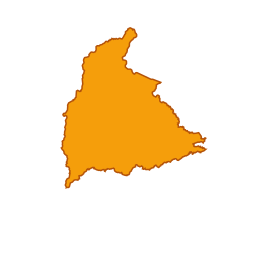 Lilongwe, Lilongwe, Malawi, rotated 35°
{"feature_id": "42251766B26147222520266", "entity_name": "Lilongwe", "entity_type": "district", "adm_level": 2, "iso_a3": "MWI", "parent_name": "Malawi", "parent_adm1": "Lilongwe", "projection": "orthographic", "projection_center": [33.601, -14.039], "detail": "fine", "context": "isolated", "style": "filled", "palette": "amber", "viewbox_px": 256, "rotation_deg": 35, "n_neighbors": 0, "source": "geoboundaries", "source_scale": "gbopen_adm2", "svg_char_len": 5786}
<svg xmlns="http://www.w3.org/2000/svg" viewBox="0 0 256 256"><g transform="rotate(35 128 128)"><path d="M203.9,100.9L203.4,101.2L202.2,100.8L201.8,101.0L201.4,100.8L201.1,101.0L201.3,101.5L201.0,101.9L200.7,101.9L200.1,101.3L200.0,101.8L199.3,101.6L198.4,102.4L197.8,101.6L196.7,102.6L195.9,102.4L195.0,103.8L192.9,105.2L192.4,105.1L191.7,103.9L191.0,104.1L190.4,103.7L193.4,99.4L194.4,98.9L195.9,97.1L196.7,96.9L198.1,97.1L197.9,96.1L198.3,94.6L197.2,93.7L197.7,92.0L197.3,91.7L196.5,92.3L196.6,93.2L194.6,94.6L194.0,94.7L193.6,94.5L193.6,93.7L192.5,92.7L188.6,91.3L186.4,93.6L184.6,95.0L182.9,94.7L182.9,95.4L182.0,95.7L181.6,96.9L181.2,96.9L181.0,96.1L180.8,96.0L180.3,96.5L178.9,96.6L178.2,96.2L177.6,96.9L177.1,96.8L176.8,97.0L176.0,96.6L174.6,97.3L174.4,96.6L173.9,96.1L172.9,96.1L173.0,95.4L171.9,95.4L171.6,96.4L170.9,96.4L170.1,96.9L169.9,97.5L168.7,98.4L168.1,97.4L167.2,96.7L166.8,96.7L166.9,95.2L166.2,95.2L166.6,94.7L166.5,93.7L166.0,93.1L165.1,92.6L164.5,91.6L163.9,92.0L163.7,91.4L162.7,90.8L162.4,91.1L161.3,91.2L160.7,90.4L160.0,90.5L159.0,89.3L158.4,89.9L157.3,89.5L156.8,89.7L156.8,90.0L156.0,89.7L155.5,88.9L155.7,88.5L154.8,87.3L153.9,87.5L153.3,87.1L152.7,87.9L152.1,87.6L151.7,87.0L150.2,86.2L149.7,86.4L149.6,87.0L149.1,86.6L148.7,86.7L148.1,86.4L147.3,87.1L146.3,86.2L144.5,85.9L144.0,86.4L143.3,86.3L143.0,86.5L142.4,86.3L141.8,86.5L141.3,87.1L141.4,87.6L140.8,88.0L139.1,87.9L138.3,87.3L137.3,85.7L136.6,85.3L136.0,85.4L135.4,83.9L133.6,83.9L133.0,84.8L133.2,86.1L132.7,86.8L132.1,86.7L130.8,87.0L129.5,86.7L127.8,85.5L127.4,84.6L128.5,82.2L128.2,80.8L128.3,79.6L127.5,78.2L127.3,77.5L126.5,76.5L127.2,74.5L128.6,72.8L128.7,71.8L120.3,73.9L119.1,74.8L118.3,75.0L103.8,77.5L102.9,78.0L102.5,78.9L102.5,80.0L101.8,80.3L100.6,80.2L98.7,79.3L98.1,78.5L96.9,78.3L96.2,78.4L94.1,79.9L90.9,79.6L89.8,78.1L89.9,76.5L89.7,75.9L88.5,74.3L87.7,74.0L86.8,74.2L84.7,75.1L83.0,73.6L83.0,72.7L84.1,70.4L83.5,68.3L83.7,66.9L83.0,65.1L82.2,63.9L82.1,60.1L80.8,58.1L80.4,57.1L80.6,54.2L81.2,52.8L81.1,50.9L82.2,49.4L82.5,48.1L81.7,46.7L80.4,45.9L79.6,46.0L77.3,44.1L76.4,43.7L76.0,43.8L76.1,44.4L75.6,45.0L74.4,44.3L72.4,44.7L71.7,45.6L71.6,46.6L71.1,47.0L71.6,48.3L71.0,49.7L70.8,50.8L71.8,52.0L71.7,53.1L72.1,56.7L72.0,58.5L71.1,58.9L69.9,59.1L69.3,59.6L68.7,61.1L66.9,61.5L66.6,62.6L65.3,62.8L65.3,63.6L64.5,63.6L63.5,63.9L63.8,64.4L63.5,65.2L62.6,65.8L63.0,66.6L62.0,67.4L62.3,68.1L62.1,69.0L61.1,69.1L60.1,69.9L60.0,72.0L59.2,73.1L58.9,74.4L57.5,76.0L57.4,77.1L55.7,78.2L55.4,78.8L55.2,79.7L57.1,82.3L57.5,84.2L56.7,85.5L56.0,86.1L54.8,86.5L54.1,87.4L53.9,90.2L54.6,90.8L54.7,92.2L53.7,93.6L52.3,94.9L52.1,95.5L52.3,97.0L52.7,98.0L54.5,99.7L54.6,102.3L54.9,103.3L55.7,103.8L57.6,105.7L59.4,105.9L60.0,107.8L60.4,108.3L60.6,111.0L62.3,112.9L62.2,113.8L65.7,117.9L66.5,120.3L67.9,122.4L67.7,124.5L68.2,124.6L68.0,125.3L67.4,125.8L65.2,126.0L64.6,127.3L67.8,132.7L67.5,133.3L67.8,134.9L67.0,136.2L67.5,136.3L67.4,137.1L66.7,137.9L65.0,141.5L65.4,143.9L66.1,144.7L68.1,148.0L68.3,151.6L66.9,153.1L67.1,154.4L67.9,154.9L68.9,155.0L69.5,154.2L69.4,153.6L70.9,153.4L72.1,154.5L72.5,157.7L74.6,159.7L75.1,160.7L75.9,163.8L77.3,164.6L78.3,167.5L79.6,169.4L79.6,170.1L81.0,170.5L81.5,171.6L81.5,173.1L82.1,174.1L82.3,175.2L81.8,176.1L81.8,176.7L83.0,177.8L83.7,179.2L84.5,179.9L85.1,181.0L85.2,182.2L84.9,182.6L86.7,183.4L88.0,183.5L89.6,184.5L89.9,185.2L91.4,185.7L92.7,185.7L93.1,185.9L93.9,185.7L94.6,186.7L96.2,187.8L96.5,189.1L97.1,190.1L97.1,191.3L98.3,191.7L98.1,193.3L99.1,194.1L99.2,194.7L99.7,194.8L101.2,194.1L102.0,194.1L103.2,194.7L103.6,195.7L104.9,196.3L105.6,197.4L106.0,198.8L106.5,198.5L108.2,202.2L108.2,203.1L107.5,204.1L107.3,204.8L107.6,207.2L108.9,208.7L109.1,210.0L109.5,210.8L111.5,211.8L111.7,212.3L112.2,211.6L113.2,211.0L113.6,210.2L113.6,209.6L112.3,206.1L113.5,204.1L113.8,201.6L114.9,200.4L116.9,199.4L116.7,198.4L117.4,197.4L115.3,195.3L115.9,194.6L116.4,194.5L117.0,193.9L116.9,193.6L117.6,192.5L117.7,191.3L117.9,190.9L117.5,189.5L118.5,187.5L118.5,186.4L118.1,185.9L118.2,185.4L118.6,184.4L119.2,184.9L120.0,184.6L120.0,183.4L120.4,182.9L121.5,180.7L122.1,180.6L122.5,180.0L122.9,179.8L123.4,180.1L123.5,180.8L124.9,180.3L126.0,180.3L128.3,179.5L129.3,178.7L130.2,178.5L131.3,176.5L132.2,175.8L133.5,176.8L134.1,176.7L133.8,176.2L134.1,175.6L133.8,175.4L133.7,174.7L134.1,174.4L134.2,173.9L134.7,173.6L134.7,173.0L136.6,172.3L137.3,171.3L137.6,171.3L137.7,170.8L138.2,170.5L139.2,169.2L140.2,169.3L140.7,170.0L141.8,170.8L143.4,170.9L145.3,170.3L145.9,169.6L147.3,169.4L147.9,169.0L148.3,168.2L148.7,168.5L149.2,168.5L149.4,169.0L150.0,169.2L153.1,168.3L153.7,167.5L154.4,167.6L154.6,166.5L155.4,165.9L155.5,165.4L155.5,164.6L155.0,163.9L154.9,162.7L155.4,161.2L155.0,160.3L155.0,157.5L156.4,155.4L155.5,154.1L156.0,153.2L156.4,153.0L157.5,153.4L158.5,153.3L159.0,153.0L159.7,153.1L160.6,152.2L160.8,151.4L161.7,151.3L162.7,151.7L163.3,153.1L163.9,152.7L164.3,152.9L164.8,152.4L165.1,151.3L165.8,151.8L166.5,151.8L168.4,150.3L169.7,150.0L169.5,149.2L170.0,148.5L170.1,147.6L171.7,145.7L171.4,145.1L171.8,143.9L171.5,143.7L172.1,142.5L172.5,142.4L174.2,143.0L175.8,142.7L176.1,140.7L176.5,140.1L176.2,139.3L177.3,138.0L176.9,137.4L177.4,136.2L177.4,135.5L177.8,135.0L178.5,134.9L179.3,134.5L179.4,133.4L179.8,133.3L179.8,132.9L180.6,132.1L182.3,131.6L182.3,129.4L182.7,128.9L182.8,128.2L183.7,126.8L184.0,126.8L184.3,126.1L184.7,125.8L185.4,125.7L186.9,126.1L187.8,125.6L189.1,121.9L189.3,120.3L189.9,119.8L190.8,118.0L191.7,117.4L192.8,115.1L193.5,112.3L192.9,112.1L192.5,112.7L192.5,112.0L193.6,111.2L194.5,111.7L195.1,111.5L195.5,112.4L195.9,112.4L196.3,111.2L196.0,110.2L197.2,109.8L198.5,107.0L199.6,107.0L200.3,106.4L201.1,106.8L201.7,106.4L201.5,105.7L203.3,103.1L203.9,100.9Z" fill="#f59e0b" stroke="#b45309" stroke-width="1.5"/></g></svg>